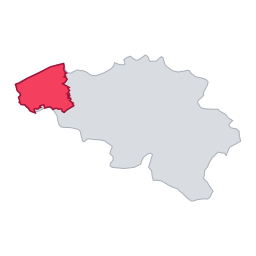 West Flanders on a map of Belgium (Robinson projection)
{"feature_id": "BEL-3479", "entity_name": "West Flanders", "entity_type": "Province", "adm_level": 1, "iso_a3": "BEL", "parent_name": "Belgium", "parent_adm1": "", "projection": "robinson", "projection_center": [3.055, 51.038], "detail": "fine", "context": "in_parent", "style": "filled", "palette": "rose", "viewbox_px": 256, "rotation_deg": 0, "n_neighbors": 0, "source": "natural_earth", "source_scale": "10m", "svg_char_len": 3167}
<svg xmlns="http://www.w3.org/2000/svg" viewBox="0 0 256 256"><path d="M114.6,62.7L119.2,64.5L123.2,64.9L125.0,64.1L123.8,59.6L127.1,57.3L130.7,56.2L132.4,58.1L135.7,60.1L138.3,60.1L145.4,55.0L147.0,56.0L148.6,57.8L148.9,59.3L149.2,60.8L150.8,61.4L156.4,61.1L159.2,58.3L161.4,56.6L163.1,57.8L163.9,61.2L165.5,65.6L172.2,70.6L177.9,72.0L184.8,71.0L187.5,70.1L189.4,70.8L191.3,73.5L195.3,76.5L203.7,78.6L206.3,79.8L208.1,81.8L207.6,84.7L203.8,91.8L203.3,94.0L203.8,94.7L203.1,96.0L197.9,100.8L197.5,102.5L199.3,105.3L200.7,107.6L203.9,108.7L206.8,109.0L212.4,109.2L218.3,109.3L219.1,110.7L225.8,114.6L227.9,117.6L232.7,120.6L228.8,124.4L229.5,126.1L230.9,127.8L236.3,128.8L239.1,131.3L239.3,135.0L240.6,141.2L229.6,147.3L226.6,154.2L226.4,155.5L226.0,155.3L224.7,153.1L222.7,153.1L218.1,152.1L211.7,158.3L208.9,163.5L207.2,167.3L204.7,170.4L204.2,173.7L204.6,175.1L203.7,176.9L203.7,178.7L207.5,182.4L208.4,184.4L213.0,191.0L211.7,193.4L210.6,196.0L209.3,197.8L207.8,199.0L203.1,198.9L197.2,199.7L193.2,201.0L191.2,201.0L186.8,197.7L182.0,192.9L178.9,190.5L177.5,188.5L173.8,187.7L168.4,185.2L164.6,182.6L161.4,181.0L156.9,180.2L153.2,180.3L152.1,175.8L151.6,170.8L148.5,167.4L152.5,154.4L150.1,153.2L147.4,154.2L143.5,157.3L141.7,161.0L140.6,164.2L134.1,167.4L123.8,168.5L112.4,167.4L110.8,166.5L110.1,165.6L110.1,164.4L110.9,162.6L112.8,160.5L113.3,157.5L111.3,154.9L109.9,153.8L110.4,151.3L111.9,148.1L112.2,146.3L104.5,140.8L98.9,139.7L93.6,139.6L89.5,138.9L87.1,139.2L85.4,140.8L83.7,141.9L82.4,140.6L80.0,130.8L78.1,129.4L71.2,127.7L61.8,127.2L59.3,125.4L57.9,121.0L57.0,115.8L53.9,110.7L52.3,109.4L49.5,107.2L44.6,108.1L38.7,111.1L35.2,111.9L33.9,112.2L29.2,109.3L23.9,104.9L19.7,100.1L18.7,97.5L20.0,94.3L18.4,91.9L16.2,87.4L15.5,83.9L40.9,71.5L56.4,65.2L63.6,63.3L65.4,69.7L66.7,71.7L68.5,73.0L70.8,73.2L73.4,71.7L77.1,70.0L83.0,70.8L87.3,72.3L88.8,73.9L91.7,75.4L95.8,75.8L103.8,72.9L111.5,68.5L113.8,65.4L114.6,62.7Z" fill="#d9dde1" stroke="#a8b0b8" stroke-width="1"/><path d="M22.8,104.8L22.3,104.8L21.5,104.6L21.1,104.5L20.8,104.1L20.3,103.1L20.0,102.9L19.3,102.6L19.1,102.4L19.2,102.0L19.6,101.2L19.7,100.7L18.5,97.5L18.9,96.8L20.2,95.8L20.6,95.3L20.4,93.9L19.5,92.8L17.4,90.9L16.8,89.5L16.2,86.3L15.4,84.6L16.5,83.9L18.8,83.3L26.7,78.6L38.8,72.9L50.5,66.8L63.6,63.5L64.1,66.3L63.9,68.1L63.8,69.8L64.7,71.7L66.1,72.9L66.5,73.1L64.6,74.2L65.6,76.1L64.2,76.9L65.8,77.3L67.2,79.2L65.1,82.4L62.5,83.7L69.1,87.4L67.9,88.1L69.6,90.5L68.1,92.3L69.1,93.4L67.3,94.0L70.1,95.2L69.0,95.1L69.8,95.8L69.4,96.2L68.1,96.0L68.5,96.9L67.7,97.5L68.2,98.5L69.6,97.8L70.5,98.1L70.9,99.5L69.6,100.6L73.2,103.1L72.4,103.8L73.8,105.3L73.6,105.9L70.0,108.0L67.4,109.6L64.7,111.8L64.5,112.3L63.9,112.2L63.6,112.2L62.1,111.3L62.2,110.3L61.0,108.9L58.5,109.2L56.1,108.1L53.5,109.2L52.8,109.4L51.8,108.0L50.8,107.2L49.3,106.9L44.6,108.0L44.6,107.8L44.1,105.3L43.2,104.8L39.8,105.9L39.7,106.3L40.9,107.4L38.7,108.1L38.5,108.8L36.8,109.1L36.0,108.5L35.6,108.5L34.0,109.3L35.2,112.3L35.4,113.0L30.8,111.3L29.7,110.6L29.4,110.1L28.6,108.7L28.3,108.2L26.1,106.5L25.7,106.0L25.5,105.5L25.2,105.0L24.5,104.7L23.9,104.7L22.8,104.8Z" fill="#f43f5e" stroke="#9f1239" stroke-width="1.5"/></svg>